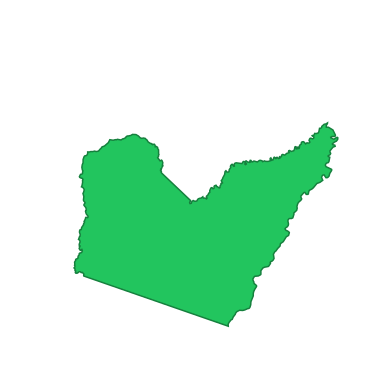 Formoso do Araguaia, Tocantins, Brazil (Natural Earth projection), rotated 212°
{"feature_id": "56859067B90509409067575", "entity_name": "Formoso do Araguaia", "entity_type": "district", "adm_level": 2, "iso_a3": "BRA", "parent_name": "Brazil", "parent_adm1": "Tocantins", "projection": "natural_earth1", "projection_center": [-50.052, -12.12], "detail": "fine", "context": "isolated", "style": "filled", "palette": "green", "viewbox_px": 384, "rotation_deg": 212, "n_neighbors": 0, "source": "geoboundaries", "source_scale": "gbopen_adm2", "svg_char_len": 5983}
<svg xmlns="http://www.w3.org/2000/svg" viewBox="0 0 384 384"><g transform="rotate(212 192 192)"><path d="M281.3,130.8L279.8,127.6L279.0,127.0L277.8,126.7L276.9,126.1L277.0,124.2L276.6,123.5L273.8,122.5L272.9,121.7L272.0,120.4L272.3,119.9L272.1,119.2L270.1,117.4L267.3,116.4L266.8,115.2L267.1,114.8L268.5,114.4L268.6,113.8L268.1,112.4L267.9,109.8L267.2,109.6L267.0,107.2L266.6,106.8L266.8,103.5L266.0,101.5L266.9,100.7L266.7,99.3L265.9,98.0L264.5,97.0L263.5,95.3L263.8,94.8L263.1,91.6L261.7,91.6L260.5,90.4L260.0,88.0L259.3,87.0L258.5,87.0L258.2,86.5L258.6,86.1L257.9,85.2L257.7,84.2L255.8,83.3L255.3,83.6L255.3,84.6L255.0,85.0L254.0,84.2L253.5,83.0L253.8,81.7L254.1,81.2L254.6,81.1L255.0,80.1L254.4,78.9L254.6,77.7L254.2,76.3L253.7,75.9L253.8,74.9L254.8,73.6L254.8,72.9L254.4,72.4L254.4,70.3L253.0,68.5L252.8,67.6L252.2,67.4L251.8,66.8L251.6,66.3L251.8,65.1L250.6,64.9L249.6,63.4L248.8,63.4L248.3,61.9L247.7,61.6L247.0,61.8L246.6,62.5L246.1,62.6L245.5,64.6L244.4,65.2L243.2,64.9L242.5,65.7L240.2,65.1L239.7,63.9L239.2,63.4L90.1,97.4L90.8,98.4L91.2,98.7L91.5,100.9L91.1,104.3L90.4,105.3L90.8,107.7L90.5,111.2L90.8,112.6L90.6,114.2L89.0,116.9L86.2,118.4L84.7,120.0L82.9,122.7L82.2,123.2L81.8,124.0L81.8,125.1L82.4,127.4L83.9,130.2L85.0,136.4L86.2,138.3L86.9,140.2L87.2,142.6L87.2,146.1L87.7,146.8L89.4,147.2L90.3,147.1L91.2,147.6L92.0,148.6L93.4,149.4L94.3,150.6L94.3,153.1L94.1,153.8L91.3,155.9L90.0,158.1L90.0,158.8L91.9,161.8L91.6,165.1L90.7,166.6L87.8,169.3L87.6,170.1L87.6,173.0L88.3,173.5L88.4,174.4L87.6,175.5L87.1,177.2L87.2,179.1L90.0,182.4L90.1,185.2L89.6,186.4L89.4,189.6L88.7,192.7L89.6,195.1L88.3,198.2L88.3,204.0L87.1,206.3L87.9,209.1L88.4,209.4L90.2,209.6L91.9,209.3L93.6,210.0L93.5,211.4L92.7,213.1L92.7,214.7L93.2,216.0L95.3,218.2L95.8,219.5L95.5,221.0L93.5,222.3L92.8,223.5L93.7,227.0L94.5,228.1L93.5,231.9L94.2,234.0L95.4,235.4L96.2,238.4L96.0,240.6L95.3,242.4L95.3,244.3L96.9,245.3L97.5,246.4L96.8,250.8L96.1,251.5L93.9,250.5L92.5,251.4L92.3,252.0L93.2,254.2L93.3,255.7L91.9,258.0L91.3,259.9L90.6,265.4L88.6,268.0L87.3,271.2L89.8,273.0L90.2,274.5L90.0,275.7L89.1,276.5L86.0,275.1L85.0,275.7L84.5,276.5L84.2,278.1L85.0,280.7L85.0,284.1L85.2,284.8L85.7,285.2L91.8,284.5L93.1,285.4L93.4,286.3L93.3,287.7L92.0,289.2L92.0,290.4L93.6,294.5L95.3,294.3L95.7,295.0L94.7,296.7L94.7,297.5L94.9,298.3L96.1,299.0L96.8,300.0L96.2,304.7L94.8,306.6L95.7,307.4L97.9,306.7L98.5,307.2L97.7,309.7L96.5,311.6L96.3,313.7L97.0,315.2L97.6,315.4L98.4,314.7L99.6,311.9L103.0,311.5L103.4,311.9L102.7,313.3L100.3,314.8L100.2,315.6L100.6,316.3L105.4,319.3L110.7,319.2L112.4,318.1L113.4,319.5L113.4,321.8L113.7,322.4L114.4,320.8L115.8,319.5L116.7,316.5L116.3,315.4L116.7,314.1L117.6,313.6L116.4,310.5L116.2,309.1L117.6,307.4L119.0,306.7L118.7,304.9L120.0,303.5L119.5,303.2L118.5,303.4L117.7,303.2L117.4,302.6L117.5,301.6L118.0,300.9L119.4,300.7L120.2,300.3L120.4,299.3L120.1,297.8L118.5,296.8L118.6,295.8L119.5,294.9L120.5,294.7L121.2,293.0L123.3,293.7L124.2,293.7L125.1,293.0L125.5,292.1L124.8,290.2L125.5,288.7L124.8,287.2L125.0,286.8L126.0,286.3L126.1,285.6L125.4,285.2L124.5,286.6L124.2,285.8L126.3,283.9L126.9,284.3L127.8,285.5L128.4,285.2L128.6,284.7L127.7,282.4L127.6,280.9L129.3,279.0L131.3,278.9L131.8,278.3L131.7,277.6L130.5,276.9L132.3,274.7L132.6,273.1L133.2,272.3L134.9,272.0L135.4,271.4L135.5,270.5L135.0,269.6L135.3,268.5L136.4,268.4L136.4,267.8L135.5,267.1L136.4,266.2L138.3,266.5L138.6,266.0L138.3,265.5L138.5,264.8L139.1,264.6L139.9,265.2L140.7,265.1L140.8,264.4L140.3,262.2L141.0,261.4L143.2,262.7L143.5,261.9L142.6,260.5L141.9,260.3L143.2,258.7L144.2,257.9L146.0,256.9L147.0,256.8L148.1,255.2L149.2,255.6L151.0,255.0L151.6,254.4L152.5,252.1L155.9,251.1L156.5,249.7L157.1,249.4L158.9,250.0L159.4,249.7L159.3,248.9L158.2,248.6L158.7,247.7L160.9,246.9L162.5,247.1L162.9,246.6L162.6,245.4L164.2,245.4L164.7,244.9L164.7,242.6L170.1,240.1L171.0,238.8L170.9,237.6L169.8,236.3L170.2,235.9L172.6,236.8L173.0,236.3L173.2,234.9L172.9,234.0L172.1,233.2L172.3,230.8L171.4,228.8L171.7,228.2L172.8,227.4L174.5,228.0L174.8,226.9L173.6,224.1L173.4,220.7L173.0,218.7L173.2,217.1L171.0,215.9L171.2,215.4L171.7,215.1L171.9,214.5L171.4,213.9L171.4,212.0L170.6,210.5L171.0,209.9L171.6,209.8L173.2,210.0L174.1,209.7L174.9,210.5L175.4,210.3L176.1,209.3L176.3,208.6L175.3,206.8L175.6,206.2L176.2,205.8L177.3,206.3L177.8,206.0L178.1,205.3L177.7,202.6L176.7,201.1L177.2,199.8L176.9,198.2L177.5,196.0L176.1,194.8L175.9,194.4L176.1,193.8L177.8,193.8L178.8,192.9L179.4,192.9L180.3,193.7L181.0,191.7L182.1,190.8L182.9,189.8L183.3,188.7L183.1,187.2L183.5,186.6L184.7,185.6L186.5,185.4L187.1,183.3L186.6,182.1L187.5,181.1L188.0,181.3L188.5,181.9L188.7,184.0L227.4,191.9L228.5,192.3L228.9,193.3L229.4,193.6L229.9,193.4L230.3,193.8L230.0,194.8L230.6,195.2L230.3,195.9L230.7,197.9L230.5,198.6L230.8,199.1L231.3,199.0L232.3,201.4L234.0,202.7L234.7,202.9L235.6,201.5L239.3,202.9L239.3,204.5L239.9,205.4L239.8,206.1L240.7,206.9L242.7,210.0L244.5,210.9L244.8,211.6L245.5,211.7L246.4,211.7L247.1,210.9L247.9,211.9L248.9,212.5L249.5,212.5L250.5,211.3L251.2,211.6L251.7,211.2L252.3,211.5L253.5,211.1L256.0,211.3L257.5,212.2L258.9,212.3L259.9,212.7L261.7,212.1L263.0,210.9L264.6,210.5L267.1,211.1L270.0,211.0L273.0,209.3L273.8,207.6L276.1,205.4L276.6,205.2L277.2,203.8L277.0,203.1L277.3,202.5L278.4,200.7L278.8,200.5L279.8,198.5L283.3,197.1L283.7,196.3L284.7,195.8L286.3,194.1L289.4,192.8L289.1,189.6L290.6,184.6L292.2,182.6L292.3,180.5L292.6,179.9L293.0,177.1L294.7,175.5L296.2,175.1L297.8,173.5L299.2,172.7L300.3,171.5L301.7,170.7L301.0,169.6L300.6,168.1L301.0,166.9L302.2,165.6L302.2,164.5L301.6,161.9L299.9,159.1L299.5,156.9L298.5,154.6L296.7,152.6L295.7,152.1L295.3,150.7L294.7,149.9L294.9,148.6L295.9,147.9L295.6,145.3L295.0,144.9L294.0,144.9L292.0,145.4L291.0,144.7L291.0,143.8L289.9,142.3L288.7,139.2L288.5,137.8L286.8,138.0L284.6,136.9L283.8,134.3L283.7,133.0L281.3,130.8ZM162.1,245.0L161.1,244.9L160.7,244.4L161.2,243.5L162.1,243.7L162.1,245.0Z" fill="#22c55e" stroke="#15803d" stroke-width="1.5"/></g></svg>